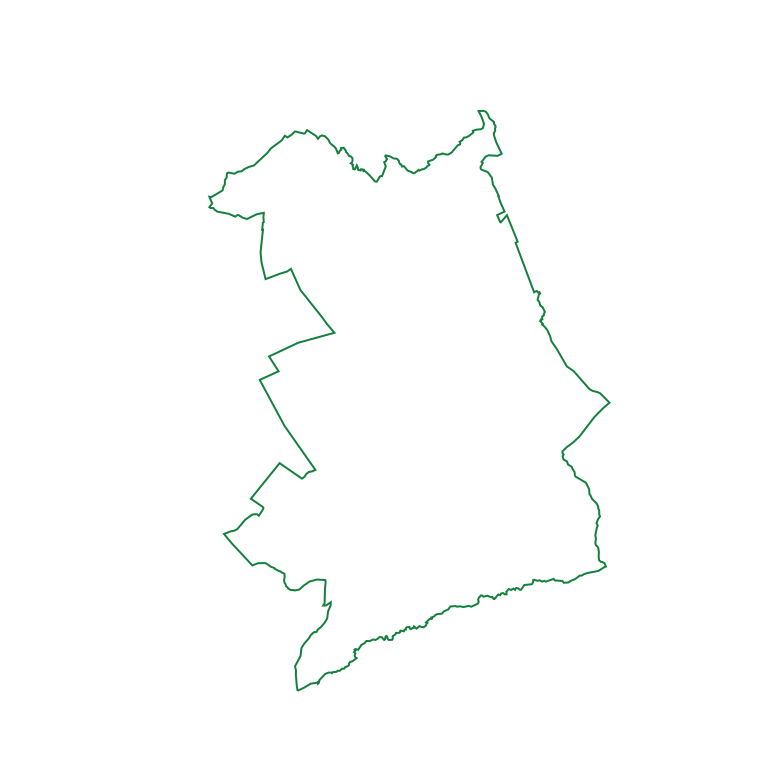 Baltesti, Prahova, Romania, rotated 332°
{"feature_id": "2599482B69098006337159", "entity_name": "Baltesti", "entity_type": "district", "adm_level": 2, "iso_a3": "ROU", "parent_name": "Romania", "parent_adm1": "Prahova", "projection": "natural_earth1", "projection_center": [26.112, 45.09], "detail": "fine", "context": "isolated", "style": "outline", "palette": "green", "viewbox_px": 768, "rotation_deg": 332, "n_neighbors": 0, "source": "geoboundaries", "source_scale": "gbopen_adm2", "svg_char_len": 6166}
<svg xmlns="http://www.w3.org/2000/svg" viewBox="0 0 768 768"><g transform="rotate(332 384 384)"><path d="M574.3,506.4L570.5,493.7L568.6,491.3L565.1,488.2L563.0,484.9L557.5,461.7L553.7,454.3L553.0,434.1L551.9,424.7L553.2,419.5L553.5,412.9L552.4,407.7L551.5,405.9L552.5,405.5L551.4,401.9L551.9,401.4L552.4,401.9L553.0,400.7L554.2,401.2L555.1,399.0L557.7,398.2L557.8,397.4L559.9,395.9L560.1,390.6L558.8,388.2L559.6,384.6L559.1,381.8L562.7,377.9L564.4,377.3L564.3,375.8L563.0,375.6L562.9,374.1L562.3,373.5L559.6,373.5L566.5,321.1L568.8,321.1L571.8,292.7L563.0,296.1L562.6,295.3L563.2,288.0L571.4,288.3L572.1,278.2L573.1,272.0L573.6,272.1L574.1,263.3L573.8,259.1L576.1,252.5L575.1,245.5L571.2,241.1L570.5,240.1L570.5,239.2L571.3,237.4L573.1,236.7L575.0,235.1L574.4,233.7L580.7,230.9L583.8,231.2L591.5,235.9L596.0,236.0L596.6,223.0L597.9,215.8L598.8,214.0L601.1,212.6L601.7,210.8L603.1,209.6L603.6,208.4L603.3,206.0L604.1,204.3L602.1,199.7L601.8,197.6L602.3,195.1L601.8,191.5L600.2,189.6L595.6,187.4L595.5,194.5L594.4,201.3L591.4,204.5L589.0,204.5L585.2,202.9L581.3,202.1L580.9,203.9L575.1,204.9L572.2,204.8L570.3,204.0L567.7,205.5L564.5,205.6L564.5,207.0L563.7,208.1L561.0,207.9L552.3,211.4L548.8,211.6L547.0,210.8L543.7,207.8L542.8,208.1L538.2,206.5L536.7,207.1L536.6,208.0L532.8,209.0L527.3,208.2L526.7,209.8L527.1,211.7L526.8,212.0L524.7,211.9L523.3,212.6L520.1,213.0L518.6,212.3L515.3,212.1L515.1,211.2L509.7,212.1L508.5,211.4L507.8,209.7L505.1,206.8L503.8,200.9L502.0,200.4L502.3,198.4L501.5,197.8L501.4,195.7L501.9,193.8L501.1,191.2L498.2,189.2L496.4,186.1L492.9,183.0L492.0,183.5L492.3,186.7L490.1,188.2L488.3,188.2L487.7,192.7L479.9,199.5L479.0,198.9L477.5,199.0L472.7,202.0L471.1,200.9L469.5,193.9L468.0,189.3L466.9,186.7L465.8,186.4L465.9,185.7L466.7,186.0L466.9,185.5L464.7,183.6L463.6,184.5L461.7,182.8L462.5,180.3L462.6,178.2L459.3,180.7L458.4,180.5L457.7,179.7L458.4,178.4L458.5,177.0L459.5,175.8L458.3,173.5L460.0,173.2L461.3,171.6L462.1,169.7L461.7,167.7L460.2,166.3L460.0,163.0L459.4,161.6L459.8,160.3L459.3,156.5L456.8,155.5L456.3,157.0L454.6,157.2L452.4,158.9L451.5,158.6L452.1,153.8L451.6,151.3L449.6,146.4L449.5,141.9L448.3,137.7L445.8,135.4L443.6,135.3L440.8,136.5L440.4,133.0L435.3,123.7L432.1,125.5L431.1,125.5L424.0,119.2L420.1,120.4L414.5,121.0L413.0,118.3L407.9,120.9L394.7,122.9L389.8,125.1L371.7,130.0L366.8,128.9L361.7,128.7L358.2,129.4L354.6,127.9L350.8,128.2L346.2,124.5L344.9,124.1L343.8,124.8L341.9,128.0L339.3,129.2L337.3,132.9L334.4,134.9L332.3,137.3L319.2,137.9L317.7,136.7L317.1,143.9L312.8,145.9L313.6,147.3L316.1,148.7L316.2,150.5L317.7,153.5L326.9,160.9L331.2,166.4L333.8,166.0L334.9,166.7L337.4,170.9L339.8,173.4L341.1,174.0L351.3,174.4L358.2,176.4L355.6,180.6L353.9,184.6L352.8,184.7L348.8,190.7L349.6,190.9L336.8,209.8L332.9,219.2L328.7,235.8L343.6,237.7L351.1,239.2L355.9,238.7L354.3,261.7L360.6,295.6L361.9,304.7L364.3,315.5L327.6,307.3L295.4,305.7L296.9,323.3L276.2,322.0L276.5,374.4L283.1,427.6L279.8,427.5L276.5,426.4L273.1,427.0L269.9,428.7L267.1,429.0L254.7,404.9L212.6,422.8L219.2,435.5L219.4,436.6L218.7,437.6L211.7,441.6L210.8,439.6L209.8,438.8L206.3,437.4L197.7,438.7L186.4,443.3L182.6,443.2L179.3,442.1L172.3,441.3L174.8,453.2L182.6,482.4L188.7,483.1L195.4,486.6L198.4,492.3L200.7,494.9L200.7,495.8L203.6,500.1L204.8,501.0L205.0,502.2L206.7,504.3L206.9,505.1L205.6,507.9L203.6,510.4L202.8,512.9L203.1,514.2L202.6,516.7L203.3,517.9L203.5,519.8L205.1,522.4L207.1,523.2L208.3,524.4L212.8,525.7L219.0,524.2L225.7,523.5L233.1,525.2L240.1,529.5L239.8,531.0L235.5,537.5L228.6,549.8L226.3,551.1L228.9,552.3L234.5,551.7L232.9,554.5L227.9,558.5L223.7,564.4L219.7,566.8L214.0,569.1L210.2,569.8L208.1,571.2L205.3,570.3L201.4,571.3L198.5,573.2L191.9,575.7L187.1,578.4L182.7,584.9L173.0,591.4L171.7,595.8L169.8,599.1L165.3,609.5L163.9,613.7L164.5,614.3L170.7,614.6L178.7,614.2L184.3,616.2L185.5,616.1L185.0,617.6L186.0,617.4L188.2,615.0L196.1,612.4L199.6,612.8L201.8,613.9L202.3,614.9L203.5,614.4L207.0,615.8L208.5,615.4L210.1,616.4L213.5,615.7L214.9,616.6L217.2,615.7L218.1,616.1L220.9,615.9L221.6,614.7L223.2,613.6L226.4,613.9L231.1,613.1L230.4,612.0L230.6,610.0L232.3,608.4L231.6,606.6L233.6,606.1L233.2,604.8L234.1,604.6L234.3,605.3L235.2,605.3L236.5,606.5L241.7,603.7L245.2,603.7L247.8,602.6L250.6,604.3L254.6,604.5L256.1,605.9L258.6,606.1L261.1,605.3L263.2,606.5L264.0,610.1L264.9,610.0L266.8,607.8L267.8,607.6L268.2,608.6L267.7,610.2L267.9,612.1L271.1,613.7L272.2,613.0L273.3,610.7L276.4,610.5L277.8,609.4L280.8,610.9L281.9,610.6L282.3,609.6L282.8,609.5L285.5,611.7L286.9,610.5L288.0,611.1L289.0,609.6L290.0,609.5L292.4,610.5L292.0,612.2L292.7,613.1L294.5,612.8L295.7,613.3L296.7,612.2L297.9,615.3L301.7,614.4L302.8,616.0L304.9,617.4L307.7,616.9L308.9,615.7L310.0,615.4L309.2,614.2L314.0,612.9L316.0,613.8L316.5,613.4L316.3,612.4L319.4,612.8L320.8,612.1L323.4,612.3L327.3,614.0L330.1,612.9L335.0,613.2L338.0,611.6L342.6,613.5L344.2,615.1L346.5,615.8L349.6,618.3L354.7,619.7L356.5,621.6L363.8,622.0L365.3,620.9L365.7,618.8L367.4,617.2L370.2,616.2L371.1,616.6L372.0,618.5L375.8,619.4L378.5,622.6L379.7,622.9L379.8,625.1L380.5,625.7L386.1,623.5L387.4,625.0L389.1,624.0L391.0,624.5L392.0,626.5L393.5,627.2L394.4,625.0L397.9,623.6L399.6,625.5L402.2,625.4L403.0,627.3L404.7,626.2L405.5,626.4L406.6,627.6L407.4,629.6L408.2,630.0L413.6,627.4L420.5,630.2L422.7,628.9L423.6,627.2L424.5,627.2L427.1,629.8L429.1,630.3L430.9,632.7L433.0,633.0L434.1,634.5L442.2,635.7L442.7,637.7L449.1,641.7L449.4,643.9L453.3,645.7L457.2,645.5L461.1,646.0L466.9,645.1L468.7,646.0L471.8,645.8L475.9,646.7L485.5,649.7L492.7,649.1L494.2,649.4L494.6,645.8L493.3,643.7L491.9,642.7L491.2,640.4L492.6,637.0L494.9,633.1L496.2,629.3L496.2,627.9L495.4,625.7L496.1,623.4L498.6,619.9L499.6,616.7L504.3,611.0L506.2,609.4L506.3,606.6L509.5,603.9L512.6,602.3L512.7,600.5L514.7,596.6L514.7,594.6L515.6,592.7L515.7,589.6L513.8,583.0L514.0,579.1L513.7,577.8L515.7,573.3L516.0,566.1L509.7,555.7L509.6,554.4L510.9,551.3L510.6,547.7L510.9,545.4L508.7,541.4L509.2,538.2L507.1,535.0L507.7,531.7L509.5,530.6L509.2,529.0L509.5,527.9L510.1,527.2L515.6,525.6L523.9,524.3L531.7,522.2L554.4,511.9L565.8,508.3L574.3,506.4Z" fill="none" stroke="#15803d" stroke-width="2"/></g></svg>